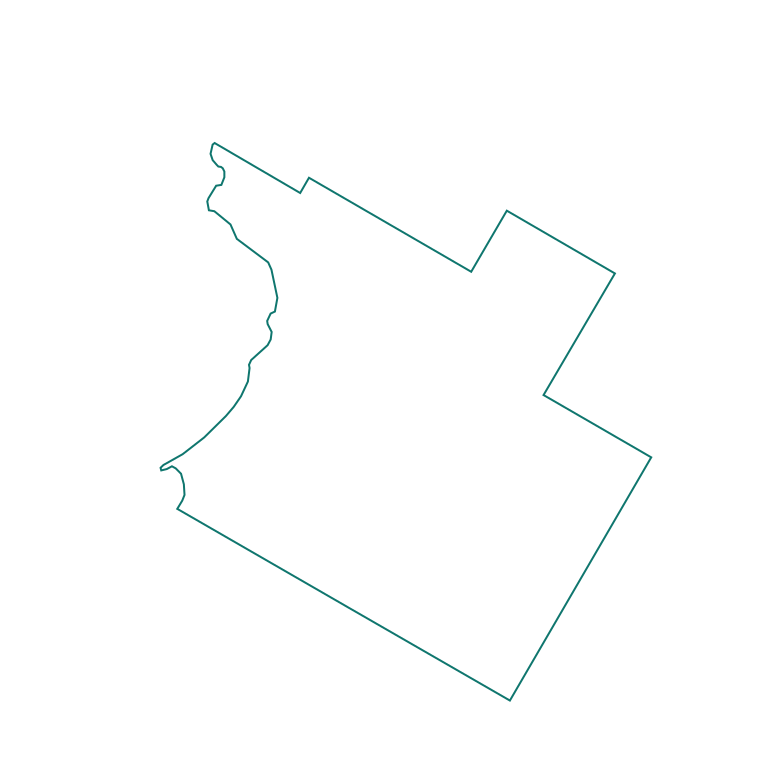 the district of Schoolcraft, Michigan, United States of America, rotated 120°
{"feature_id": "52423323B71997866785230", "entity_name": "Schoolcraft", "entity_type": "district", "adm_level": 2, "iso_a3": "USA", "parent_name": "United States of America", "parent_adm1": "Michigan", "projection": "natural_earth1", "projection_center": [-86.228, 46.131], "detail": "fine", "context": "isolated", "style": "outline", "palette": "teal", "viewbox_px": 768, "rotation_deg": 120, "n_neighbors": 0, "source": "geoboundaries", "source_scale": "gbopen_adm2", "svg_char_len": 862}
<svg xmlns="http://www.w3.org/2000/svg" viewBox="0 0 768 768"><g transform="rotate(120 384 384)"><path d="M172.5,364.3L243.2,364.6L242.9,552.1L260.5,552.1L260.0,651.2L262.4,652.1L271.4,649.3L275.8,644.3L277.8,638.6L278.5,636.2L277.5,633.7L277.8,631.5L279.8,628.5L284.8,625.6L292.9,624.4L296.2,628.5L310.8,628.9L314.3,628.3L321.1,622.5L319.2,617.3L322.6,596.7L331.9,584.0L336.6,545.1L341.3,538.6L362.7,519.4L375.8,514.7L379.7,517.4L387.8,516.7L390.3,514.7L395.1,507.3L402.1,504.4L408.6,504.2L429.6,511.0L434.9,510.5L437.4,508.4L449.9,503.1L466.1,501.7L478.9,502.7L490.8,504.9L520.2,513.0L545.5,523.3L564.4,534.5L568.3,535.6L570.2,533.7L566.3,529.6L561.3,526.5L561.2,522.2L563.2,514.9L570.9,507.2L579.8,501.3L585.9,500.4L595.5,500.6L595.4,302.8L595.2,116.7L313.9,115.9L313.8,240.3L172.8,239.3L172.5,364.3Z" fill="none" stroke="#0f766e" stroke-width="2"/></g></svg>